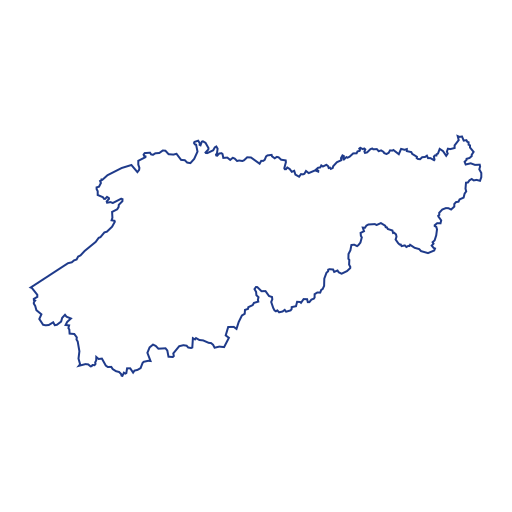 Phouvong, Attapu, Laos
{"feature_id": "54806243B34270486399712", "entity_name": "Phouvong", "entity_type": "district", "adm_level": 2, "iso_a3": "LAO", "parent_name": "Laos", "parent_adm1": "Attapu", "projection": "mercator", "projection_center": [107.075, 14.518], "detail": "fine", "context": "isolated", "style": "outline", "palette": "blue", "viewbox_px": 512, "rotation_deg": 0, "n_neighbors": 0, "source": "geoboundaries", "source_scale": "gbopen_adm2", "svg_char_len": 6063}
<svg xmlns="http://www.w3.org/2000/svg" viewBox="0 0 512 512"><path d="M30.7,287.5L31.9,288.0L37.3,294.8L37.3,296.9L33.8,298.9L33.9,300.1L35.1,300.6L33.9,302.2L33.8,303.6L35.2,305.9L36.4,310.2L41.4,314.3L39.3,319.0L43.1,324.8L45.7,325.3L48.8,325.0L53.2,322.3L54.8,325.2L56.9,324.8L61.1,321.6L62.2,317.8L65.0,314.8L66.5,316.7L70.9,318.5L67.2,321.9L65.6,325.0L69.1,325.4L68.4,328.1L69.3,329.5L69.6,333.6L74.3,334.0L76.8,337.4L76.5,339.5L77.7,341.5L79.4,351.3L78.5,358.6L80.1,364.3L78.9,365.8L85.5,364.1L88.2,364.4L90.6,366.4L91.6,366.2L92.5,365.0L94.5,365.2L95.5,363.9L95.2,362.4L96.2,360.4L96.3,357.0L98.6,359.0L101.9,358.6L105.8,365.6L107.8,367.0L111.3,366.9L112.7,369.1L116.0,371.2L119.1,372.0L121.0,373.9L121.6,375.7L122.4,375.9L123.9,372.7L125.3,373.6L126.3,373.1L127.1,368.3L130.2,368.3L133.1,372.6L134.5,370.6L137.5,369.9L140.6,368.1L142.6,362.9L143.7,361.8L148.2,360.8L150.5,361.0L147.4,352.8L149.6,347.4L153.0,344.6L155.7,345.9L158.4,348.7L165.5,348.3L167.3,350.5L168.5,356.7L172.8,357.0L173.8,356.0L173.3,353.4L179.2,346.2L183.4,345.2L186.6,345.7L188.2,347.5L191.1,348.0L192.3,347.5L192.9,338.2L195.0,339.4L196.0,338.1L199.4,340.0L203.1,340.4L208.6,342.8L211.1,343.1L213.1,344.8L214.6,347.7L219.3,346.6L224.1,347.1L228.9,337.8L225.7,335.4L228.2,327.0L233.8,326.9L236.5,328.9L238.7,322.0L241.9,315.5L244.7,313.8L245.0,309.9L248.0,308.9L248.3,307.2L252.7,305.1L253.9,302.9L258.3,301.6L257.9,299.8L258.5,297.2L256.4,295.2L256.1,291.9L254.5,289.1L256.0,287.0L257.3,287.1L261.5,291.2L265.5,291.1L269.0,296.0L272.0,297.0L272.3,299.3L271.2,302.0L273.2,307.9L274.5,310.4L275.9,311.3L277.3,310.4L279.1,312.3L282.6,311.5L284.7,309.9L286.1,311.7L290.6,310.4L291.6,309.1L291.7,307.1L296.0,306.2L297.1,301.8L300.1,302.0L301.0,302.8L303.6,299.1L307.1,299.2L307.8,302.1L309.4,302.1L311.4,299.6L313.8,298.7L314.6,297.5L314.6,294.2L317.3,292.5L320.2,292.6L321.3,289.8L322.6,289.1L324.1,285.9L324.3,278.6L326.5,272.7L328.1,271.3L328.2,269.7L329.5,269.2L333.1,269.5L334.2,271.9L337.5,270.5L338.7,272.3L341.6,273.7L347.0,271.1L350.2,268.1L350.3,266.9L349.1,264.6L349.3,259.9L348.4,258.8L348.5,254.0L350.4,250.3L351.4,245.0L354.2,244.7L357.1,246.1L358.4,245.1L360.4,242.6L361.8,237.4L360.9,235.9L360.6,232.9L364.0,231.2L362.8,227.6L364.9,227.8L366.4,225.6L368.4,224.5L374.8,224.1L376.6,225.0L380.9,223.1L385.2,225.7L385.7,227.2L386.8,227.3L387.8,229.0L392.4,230.5L393.1,233.0L394.1,232.7L396.0,234.4L396.5,236.7L395.6,239.5L398.2,243.2L399.7,244.6L400.7,244.5L401.6,246.1L404.8,245.4L406.4,247.0L408.3,245.9L409.4,246.0L410.1,244.8L414.6,247.8L419.2,249.1L421.0,251.1L428.0,253.1L434.2,250.5L435.0,248.5L433.6,247.9L431.7,245.6L433.5,243.7L432.6,242.2L434.6,240.4L436.2,235.4L437.0,229.4L436.3,226.9L434.7,226.0L434.7,225.2L437.2,223.2L440.5,223.3L441.2,220.4L438.4,216.5L438.2,215.8L439.3,214.9L439.2,212.8L442.3,209.5L445.9,208.1L448.4,208.2L451.1,209.5L454.3,206.6L454.3,204.0L456.0,202.1L458.5,201.7L459.6,199.4L463.6,197.6L464.6,193.6L466.2,191.4L465.5,188.7L466.0,182.7L467.9,182.5L469.5,180.3L471.7,179.0L473.7,180.4L476.6,179.9L480.0,180.8L481.3,177.2L481.3,173.0L479.3,169.3L480.1,166.5L479.7,164.7L475.0,164.9L470.7,163.3L465.7,164.5L464.6,161.8L466.5,159.9L466.6,158.8L469.5,158.0L471.7,156.1L471.7,154.8L473.6,151.9L470.0,147.5L470.0,145.4L468.6,144.7L468.6,142.3L467.3,141.8L466.4,140.2L463.7,140.6L462.0,136.5L459.5,136.9L457.7,136.1L458.7,140.1L454.6,145.4L454.6,148.0L450.3,149.1L447.9,148.7L446.9,151.6L447.7,153.6L446.2,155.8L443.0,151.1L439.7,148.9L438.0,153.5L436.6,154.3L436.4,155.5L435.0,155.4L433.9,156.5L434.5,159.7L434.1,160.2L430.4,158.1L428.0,158.1L426.9,155.7L425.0,157.0L422.2,157.2L420.1,159.2L418.0,159.0L416.7,158.1L416.9,156.8L412.2,153.9L411.3,152.1L406.8,151.1L406.8,149.1L404.6,149.8L401.1,148.9L398.8,154.2L393.4,150.0L392.3,150.6L390.0,150.4L388.7,152.8L386.5,154.0L384.2,153.1L383.5,151.9L381.1,150.4L378.7,151.2L376.8,149.1L373.3,149.3L372.2,148.5L370.4,149.2L367.1,152.4L365.0,152.9L364.4,151.5L365.3,149.4L364.3,148.5L362.7,149.1L360.3,147.8L359.3,148.6L360.0,149.9L359.6,150.9L357.5,151.4L356.6,153.3L353.2,153.4L349.6,156.7L347.5,157.7L346.4,157.1L343.9,159.5L343.2,158.7L343.9,156.2L342.5,155.4L341.0,158.1L341.3,160.2L336.9,162.2L333.2,166.2L332.7,168.0L330.8,168.9L329.9,167.6L328.7,168.0L328.1,166.2L326.4,164.8L322.9,166.5L321.3,165.4L320.3,167.4L318.0,167.8L316.1,169.5L318.3,170.7L318.2,171.6L315.1,170.4L308.7,173.1L306.0,171.0L304.4,173.8L302.9,174.4L301.0,174.1L299.1,176.7L295.4,174.6L294.2,170.8L291.8,171.8L289.7,169.0L287.3,167.5L286.0,169.2L284.8,169.2L284.3,168.2L285.9,162.2L285.7,160.4L281.1,159.7L278.6,157.3L276.8,156.9L274.7,158.3L272.0,156.3L271.6,154.9L267.5,155.4L266.1,156.4L264.7,159.8L263.2,160.9L261.2,160.9L259.6,163.7L251.0,157.5L247.2,157.3L244.0,160.3L242.4,161.0L239.1,160.5L237.1,161.0L234.7,158.6L232.8,157.8L230.2,159.9L227.3,157.6L223.3,157.9L222.5,154.0L221.5,153.2L219.2,153.5L217.2,155.7L216.3,155.5L216.0,154.7L217.0,153.2L217.6,148.7L216.3,146.5L214.8,147.4L213.2,150.3L207.3,153.1L205.9,153.0L205.5,152.5L208.3,149.5L208.5,148.1L205.5,142.8L202.9,141.3L201.8,141.7L200.5,145.3L199.6,144.8L199.9,143.6L198.2,140.7L194.5,141.9L194.0,143.0L194.9,144.4L196.1,144.7L197.5,151.6L194.2,158.9L190.4,163.1L187.2,162.6L184.8,160.2L181.1,159.9L176.5,153.8L173.4,154.6L168.6,154.2L165.4,150.7L162.8,150.5L159.3,153.0L155.3,153.3L153.0,154.8L151.1,154.4L150.0,152.7L144.7,153.1L143.6,154.6L144.0,155.8L145.5,156.4L145.4,157.2L138.3,160.8L138.3,164.6L139.4,167.9L139.1,169.9L137.4,172.1L131.4,165.0L121.7,168.0L107.5,175.2L102.4,179.8L101.5,179.5L101.2,180.5L100.1,181.0L100.9,183.0L99.0,186.7L96.6,187.4L96.6,189.1L97.7,191.2L97.7,195.0L102.9,197.2L104.1,198.9L105.1,198.9L107.0,196.9L108.9,198.1L109.0,198.9L106.7,201.4L107.1,202.7L110.5,202.1L112.8,203.0L121.2,198.7L122.5,199.2L122.4,201.2L118.8,204.8L118.6,207.0L117.2,209.3L112.1,211.9L112.4,217.8L111.6,220.3L114.5,220.8L114.8,221.8L112.1,226.7L106.9,231.7L104.4,232.4L100.4,237.2L98.7,237.8L95.7,241.9L84.7,250.9L80.5,255.4L78.1,256.6L76.6,259.5L74.0,260.4L71.8,262.3L68.0,263.2L30.7,287.5Z" fill="none" stroke="#1e3a8a" stroke-width="2"/></svg>